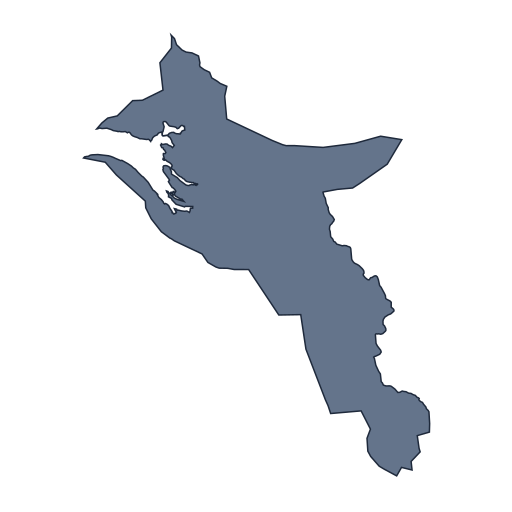 outline of Deatnu sme 1, Finnmark, Norway, rotated 269°
{"feature_id": "86288312B77332611217314", "entity_name": "Deatnu sme 1", "entity_type": "district", "adm_level": 2, "iso_a3": "NOR", "parent_name": "Norway", "parent_adm1": "Finnmark", "projection": "orthographic", "projection_center": [27.521, 70.269], "detail": "fine", "context": "isolated", "style": "filled", "palette": "slate", "viewbox_px": 512, "rotation_deg": 269, "n_neighbors": 0, "source": "geoboundaries", "source_scale": "gbopen_adm2", "svg_char_len": 6095}
<svg xmlns="http://www.w3.org/2000/svg" viewBox="0 0 512 512"><g transform="rotate(269 256 256)"><path d="M478.3,175.0L476.3,175.5L465.4,175.1L450.9,163.3L423.5,165.9L413.7,145.1L413.5,135.4L398.5,119.7L396.5,110.2L391.7,104.2L385.8,98.9L385.9,99.7L386.7,102.0L386.1,104.3L386.4,109.1L384.9,113.5L383.9,115.4L383.1,119.5L382.8,120.0L382.8,120.7L383.0,121.4L382.6,122.9L382.5,125.2L382.7,127.5L381.4,129.6L381.9,130.4L382.0,131.1L381.6,132.0L379.3,133.6L378.3,134.8L377.5,136.5L376.5,139.5L375.2,142.0L375.2,143.7L374.4,148.7L374.6,150.4L374.1,151.3L372.4,152.7L373.2,153.0L373.6,153.7L376.1,154.8L377.7,156.6L378.9,159.5L380.3,160.3L380.8,161.1L381.6,163.6L381.6,164.4L381.8,165.1L386.8,166.4L390.6,165.3L391.5,165.5L392.0,166.1L392.0,167.7L391.4,168.6L387.9,171.3L387.4,172.1L386.7,176.3L386.1,178.2L384.7,179.5L385.1,180.9L387.5,183.1L387.8,183.8L387.9,184.2L387.6,185.1L386.9,185.9L387.1,185.9L386.9,186.7L383.2,187.0L382.7,185.3L382.1,184.1L379.6,182.6L379.8,182.4L379.5,182.3L379.3,181.3L379.5,180.9L379.7,178.4L380.4,176.7L381.1,175.9L380.9,175.4L381.1,174.2L380.2,171.5L378.5,170.0L377.8,165.3L378.5,164.3L380.2,164.6L380.1,164.8L380.4,164.5L380.4,164.1L378.6,164.2L377.8,164.7L377.6,165.4L378.1,169.2L378.0,170.0L377.0,170.4L376.2,171.9L372.9,173.7L370.8,174.1L368.0,176.2L365.8,174.4L367.3,172.9L368.2,170.6L369.5,169.0L369.6,167.4L369.1,164.6L369.9,163.4L368.9,163.2L368.9,162.8L368.6,162.5L366.4,163.5L365.9,163.9L365.9,164.5L365.7,165.0L364.1,165.5L363.6,166.4L361.0,167.7L360.0,167.0L360.0,166.0L359.8,165.5L360.0,165.2L359.8,165.1L358.4,165.1L354.5,166.1L354.4,166.0L354.6,165.6L354.4,165.7L354.5,165.4L354.1,165.1L354.3,164.6L354.2,164.6L353.3,165.6L353.5,165.5L353.3,166.0L353.4,166.6L353.7,167.0L353.7,167.3L352.2,168.8L350.9,171.2L349.7,172.6L348.1,173.7L346.9,173.5L346.4,173.0L344.7,173.2L343.5,174.9L343.3,175.5L340.0,177.7L338.5,179.2L336.9,181.2L336.2,182.8L334.6,184.6L334.0,185.8L332.6,186.7L331.6,188.3L331.0,190.9L330.8,192.5L330.5,192.9L330.6,193.6L330.4,194.2L330.5,194.8L330.1,194.9L329.6,195.7L329.6,196.1L329.4,196.0L329.5,196.2L329.2,196.7L329.4,197.3L328.9,198.4L329.1,198.7L328.9,198.9L328.3,198.6L328.3,197.9L327.6,197.3L328.7,195.4L328.2,194.5L328.6,193.0L328.1,191.0L327.6,190.3L327.8,188.5L328.3,187.1L332.8,181.2L335.7,178.7L339.4,172.9L341.9,172.9L344.2,171.8L346.1,171.4L347.5,169.2L347.9,167.9L348.0,167.0L347.9,166.7L347.9,165.9L347.7,165.2L346.6,164.6L345.0,164.9L344.1,164.4L342.0,164.9L334.4,170.3L333.4,170.8L331.9,169.7L329.2,171.3L325.9,173.4L325.7,174.1L324.1,175.8L322.2,177.0L320.8,176.3L320.8,175.8L320.4,175.7L320.7,175.3L321.9,175.1L322.0,174.4L321.0,173.8L321.3,172.2L320.9,171.7L320.1,171.7L319.8,172.2L320.4,172.8L319.7,173.5L318.5,174.0L318.3,174.3L318.9,175.2L318.5,175.8L317.4,176.4L314.1,181.8L314.2,182.9L311.8,184.9L314.1,177.8L315.3,175.4L317.7,173.1L318.0,172.5L320.1,170.9L320.8,169.8L322.0,169.2L322.6,167.6L321.3,168.0L319.9,169.3L318.1,169.7L316.7,169.5L315.0,172.6L313.6,172.9L309.1,177.0L306.3,185.5L306.9,186.1L306.6,193.6L304.9,193.5L304.9,191.5L304.1,191.0L302.7,191.0L300.7,190.2L302.0,188.0L302.2,187.0L301.9,185.8L302.4,182.3L303.2,179.2L303.2,177.9L304.2,177.5L304.8,175.2L302.6,176.2L301.2,177.2L300.1,176.5L300.3,176.2L299.6,175.2L299.4,174.6L299.5,174.2L300.7,173.5L300.8,173.4L300.7,173.2L300.8,172.8L301.5,173.0L302.4,172.6L304.9,170.9L308.0,169.5L309.5,167.7L310.1,166.2L309.6,165.6L310.3,164.7L311.8,164.1L314.0,162.4L316.2,159.9L319.3,158.3L319.5,158.7L322.7,155.6L323.7,154.1L331.5,149.5L336.9,144.7L337.8,143.3L341.7,139.5L344.8,137.0L346.2,134.9L348.1,133.0L350.6,129.4L354.0,123.5L353.7,122.5L356.1,117.1L357.2,114.9L358.1,112.6L358.8,110.3L360.2,99.7L360.0,93.8L359.7,92.0L358.4,89.7L358.6,89.0L358.1,86.3L357.0,85.3L352.4,106.9L339.5,117.8L312.8,146.3L306.1,146.6L295.0,151.9L281.9,161.8L275.4,170.2L274.7,171.7L272.6,174.6L259.0,202.1L250.4,207.8L245.7,215.7L244.5,219.0L244.2,227.5L242.9,233.8L242.6,248.4L196.6,277.8L196.6,299.7L162.0,304.3L111.0,322.9L105.2,325.4L97.2,327.9L99.3,358.4L80.9,367.4L71.8,363.8L58.9,364.4L53.5,367.2L43.7,375.5L40.6,380.5L33.7,392.8L42.1,397.8L39.3,408.3L47.9,407.5L57.3,416.7L60.8,415.7L73.6,414.1L76.9,426.3L85.4,426.7L97.2,426.2L98.6,425.4L100.3,423.7L102.1,423.2L104.9,420.9L106.7,419.9L107.4,418.3L108.5,417.0L109.5,416.3L110.7,416.7L111.5,415.7L111.7,414.8L113.9,412.8L114.6,410.7L115.9,408.6L116.2,406.2L117.7,403.6L118.0,401.3L118.4,400.1L118.3,399.5L117.2,397.5L117.1,395.4L120.5,392.6L123.4,388.9L123.8,387.6L123.8,383.7L124.7,381.1L126.8,380.2L128.2,379.0L135.9,378.3L138.6,376.6L144.7,373.9L151.5,372.6L152.8,371.9L153.4,372.6L153.7,373.8L155.6,378.0L157.8,379.5L159.6,379.0L163.9,375.8L166.5,374.5L175.2,374.0L175.9,374.4L176.1,375.0L175.9,376.4L176.1,377.2L175.6,379.4L176.2,381.4L178.6,384.1L179.5,384.6L181.1,384.5L183.8,383.3L185.3,381.9L188.7,381.8L190.5,382.3L192.7,383.8L194.9,387.3L195.7,389.6L196.9,391.1L198.5,392.9L199.5,393.0L200.5,392.5L202.5,390.3L207.4,390.4L208.7,389.2L210.7,385.5L211.4,384.9L214.1,384.7L216.2,383.8L222.6,380.5L224.3,379.1L230.3,377.9L233.0,376.9L234.0,375.8L234.1,375.3L234.1,374.6L233.5,373.1L232.5,371.8L232.4,370.7L232.1,370.1L230.3,368.8L230.2,368.4L230.5,367.1L232.4,364.8L234.7,363.0L236.0,362.9L237.0,363.7L238.5,363.6L239.7,363.3L241.5,362.0L244.5,359.0L245.6,357.4L247.1,354.4L248.3,353.2L250.2,352.0L251.3,351.6L261.5,350.9L262.9,350.4L263.7,349.1L263.9,348.1L264.7,346.6L265.0,344.0L264.7,343.1L264.8,342.1L266.5,336.9L268.5,335.5L269.2,334.0L271.6,333.0L274.0,331.0L279.1,330.6L281.5,329.9L284.4,330.2L285.9,331.0L287.1,332.5L288.1,333.0L289.3,334.2L291.1,334.9L294.1,333.2L296.4,330.9L298.0,329.9L301.3,329.0L303.0,329.1L307.4,327.1L312.5,326.3L314.7,325.1L318.4,324.1L318.8,324.2L321.2,338.5L322.3,353.8L326.7,360.9L345.5,388.8L369.8,403.8L373.6,382.7L366.9,356.8L363.4,325.0L365.7,296.3L365.8,288.1L366.8,284.6L371.2,274.3L393.5,229.1L416.3,227.5L426.2,229.8L429.2,223.1L431.3,220.5L434.9,214.8L440.5,212.8L443.2,207.4L446.3,203.3L447.9,202.9L450.1,203.3L457.0,202.0L460.2,195.5L461.1,189.7L463.2,185.7L468.7,180.2L474.8,178.3L478.3,175.0Z" fill="#64748b" stroke="#1e293b" stroke-width="1.5"/></g></svg>